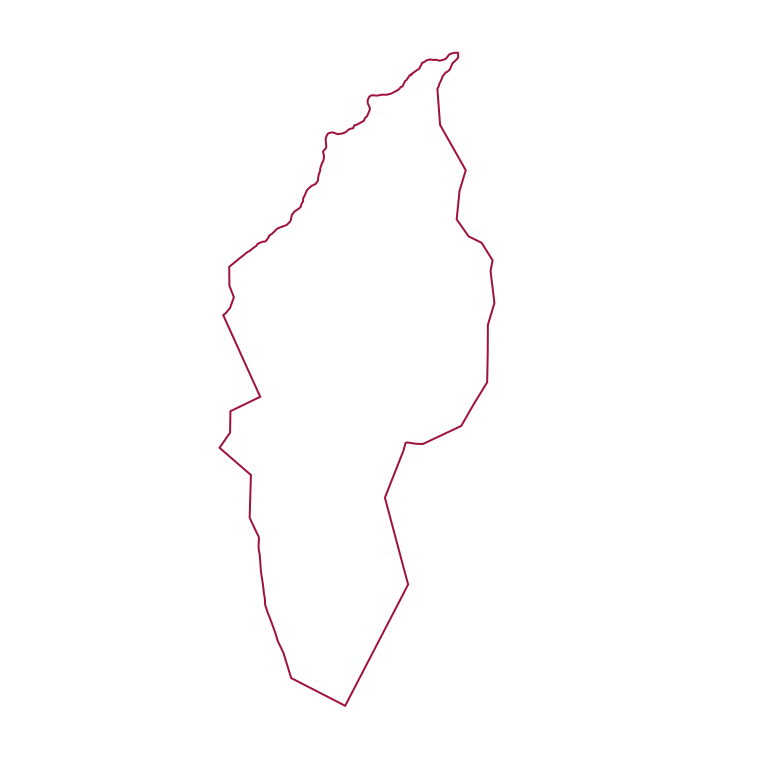 San Pedro Mixtepec -Dto. 26 -, Oaxaca, Mexico (Albers equal-area conic projection), rotated 63°
{"feature_id": "50627088B31998279857894", "entity_name": "San Pedro Mixtepec -Dto. 26 -", "entity_type": "district", "adm_level": 2, "iso_a3": "MEX", "parent_name": "Mexico", "parent_adm1": "Oaxaca", "projection": "albers", "projection_center": [-96.262, 16.226], "detail": "fine", "context": "isolated", "style": "outline", "palette": "rose", "viewbox_px": 768, "rotation_deg": 63, "n_neighbors": 0, "source": "geoboundaries", "source_scale": "gbopen_adm2", "svg_char_len": 3057}
<svg xmlns="http://www.w3.org/2000/svg" viewBox="0 0 768 768"><g transform="rotate(63 384 384)"><path d="M249.6,496.0L339.2,500.1L338.5,533.2L357.4,543.2L366.2,559.5L404.7,543.9L442.1,564.4L456.2,564.9L463.2,565.0L464.9,565.6L471.3,569.3L475.4,571.0L479.9,572.3L484.8,574.4L495.0,578.7L501.9,581.0L507.4,582.8L511.7,584.4L516.1,586.1L520.8,587.5L526.9,590.2L534.0,591.3L541.4,592.0L549.8,593.0L557.6,594.0L564.6,595.3L578.2,595.7L603.9,600.2L653.1,564.7L573.6,453.5L556.8,450.0L485.7,434.8L460.6,406.4L452.4,397.1L446.3,391.5L446.7,389.7L451.6,382.9L455.1,376.6L456.4,334.2L442.7,313.2L429.3,291.3L404.2,277.9L378.5,264.6L361.9,248.8L331.8,237.8L323.1,231.1L302.5,232.9L290.9,241.6L270.3,244.5L246.3,229.1L230.6,214.1L178.6,216.4L145.4,202.5L143.7,200.3L141.7,198.4L139.1,195.0L136.4,192.0L135.1,189.1L134.5,187.8L134.5,185.6L134.0,183.7L133.3,181.9L131.9,180.6L130.4,178.6L129.7,177.9L129.0,176.6L128.6,174.6L128.2,173.4L127.7,171.5L127.1,170.7L126.8,169.7L125.4,168.9L124.5,168.6L123.9,168.3L122.9,167.8L122.3,167.8L121.3,170.1L120.7,171.3L120.1,174.3L120.0,175.9L121.0,178.5L121.9,180.3L122.4,182.2L122.1,183.2L121.6,186.2L120.9,188.1L119.9,189.1L118.7,190.5L117.9,192.4L117.0,193.9L115.7,195.8L115.1,198.4L114.9,199.6L115.3,200.5L115.3,202.2L115.4,203.3L115.2,204.4L116.6,205.7L117.0,206.8L118.4,208.3L119.1,209.9L119.3,212.2L120.4,219.2L120.8,219.0L121.1,220.2L120.7,221.2L121.0,221.7L121.1,221.9L121.5,222.5L122.4,224.3L123.1,225.1L123.6,227.1L123.6,227.6L127.3,232.5L127.0,234.1L127.5,235.3L128.4,237.6L128.5,246.0L127.7,249.7L125.1,255.0L124.5,257.3L124.2,258.4L123.8,259.4L122.9,260.9L121.5,263.2L121.0,265.1L121.5,266.8L123.0,268.9L124.1,269.9L125.4,270.6L127.4,271.2L128.8,271.1L131.8,271.3L133.3,272.3L135.5,274.9L137.7,277.4L138.5,280.4L140.4,282.5L140.5,287.4L140.6,290.9L140.1,293.1L142.0,295.4L141.8,296.3L141.4,297.7L141.2,299.8L142.0,302.8L142.2,304.8L141.7,307.9L140.4,311.9L137.6,314.3L136.4,315.7L135.6,317.9L135.5,320.5L136.6,322.2L138.8,324.5L141.4,325.8L145.5,327.3L147.4,328.4L148.7,331.9L149.2,332.7L150.1,333.0L151.2,333.4L152.3,333.6L153.6,334.0L154.6,334.4L156.6,335.9L158.2,337.4L159.2,339.2L160.5,340.3L161.7,341.7L163.2,343.0L165.0,344.1L166.1,345.2L167.4,346.7L168.9,347.9L171.0,349.4L173.0,350.7L174.7,354.1L174.6,358.7L175.2,361.0L176.1,364.1L177.4,366.0L180.4,369.5L181.8,371.7L184.5,373.2L186.1,375.7L188.5,378.1L189.1,380.4L189.4,382.9L189.6,385.3L190.3,386.7L191.2,388.9L192.7,390.4L194.3,391.5L195.8,392.7L196.9,394.6L197.6,396.9L198.2,398.5L197.6,402.3L197.6,403.5L197.4,405.0L197.1,407.3L197.3,409.3L197.7,410.7L198.4,412.5L198.7,413.7L199.2,415.3L199.5,416.9L199.7,419.0L200.3,419.5L200.6,419.9L201.1,420.9L201.7,421.8L202.3,422.6L202.5,423.2L202.8,424.1L203.1,425.0L202.9,425.9L202.4,426.8L202.1,427.8L202.0,429.3L201.7,431.3L201.9,432.5L202.1,434.0L203.0,435.1L203.2,436.8L203.6,439.3L203.8,440.5L204.2,441.9L204.5,444.1L204.5,446.2L205.0,448.6L205.5,450.5L205.8,452.6L209.3,468.7L226.2,477.1L238.6,478.4L241.6,481.6L246.4,486.7L249.2,493.3L249.6,496.0Z" fill="none" stroke="#9f1239" stroke-width="2"/></g></svg>